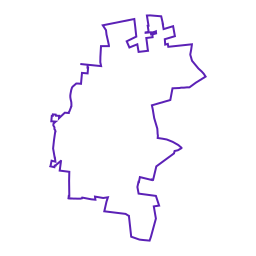 Tepakán, Yucatán, Mexico (Mercator projection)
{"feature_id": "50627088B22415210439928", "entity_name": "Tepakán", "entity_type": "district", "adm_level": 2, "iso_a3": "MEX", "parent_name": "Mexico", "parent_adm1": "Yucatán", "projection": "mercator", "projection_center": [-89.004, 21.063], "detail": "fine", "context": "isolated", "style": "outline", "palette": "violet", "viewbox_px": 256, "rotation_deg": 0, "n_neighbors": 0, "source": "geoboundaries", "source_scale": "gbopen_adm2", "svg_char_len": 2769}
<svg xmlns="http://www.w3.org/2000/svg" viewBox="0 0 256 256"><path d="M150.9,236.9L155.9,218.6L153.8,206.4L159.1,205.6L155.9,195.9L138.6,193.6L137.4,187.0L138.5,181.9L138.9,182.0L138.9,181.9L139.9,177.1L149.4,179.4L150.5,179.7L151.8,180.0L151.8,179.5L153.1,179.8L153.4,178.5L153.6,177.8L156.2,166.9L156.3,166.4L174.0,153.4L174.6,151.0L177.8,150.3L181.4,148.2L181.5,148.1L181.5,147.8L178.4,145.1L172.6,141.8L166.8,139.5L162.5,138.7L157.7,138.0L157.9,135.7L157.6,133.7L157.5,131.3L157.3,128.6L154.2,118.1L153.4,113.3L152.8,109.6L151.9,105.3L170.3,100.0L172.5,88.3L179.6,88.0L180.9,87.7L183.6,87.7L187.4,87.3L187.9,87.4L189.5,87.3L190.2,86.8L191.7,85.7L192.0,85.5L195.8,82.7L205.6,76.6L203.7,73.7L201.7,71.5L198.4,68.5L192.8,61.7L192.1,60.9L191.4,58.7L191.2,57.8L190.7,56.2L190.3,54.8L190.3,54.6L190.3,54.3L191.2,49.4L191.8,45.3L191.9,44.3L168.3,46.8L167.8,43.9L165.2,44.6L164.8,39.2L174.9,36.2L173.1,26.2L163.6,29.1L162.7,23.8L162.9,23.8L161.2,16.3L150.3,15.4L146.9,15.5L148.5,25.6L148.4,25.6L148.1,25.6L147.7,25.7L147.8,26.2L147.9,26.6L147.9,27.1L148.0,27.6L148.1,28.1L148.1,28.6L148.2,29.1L148.3,29.4L148.3,29.7L148.4,30.1L148.4,30.6L148.5,31.1L148.6,31.6L148.7,32.0L148.4,32.0L147.9,32.0L147.3,32.1L146.8,32.2L146.4,32.3L146.0,32.3L145.6,32.4L145.6,32.8L148.4,32.5L150.8,32.3L151.1,34.4L152.3,34.2L152.1,32.5L155.0,31.7L155.9,31.3L156.1,33.4L152.4,34.4L152.6,37.2L146.3,38.0L146.9,42.5L147.7,49.0L148.0,50.8L138.6,51.9L137.3,44.3L129.4,47.5L126.7,41.3L136.3,36.6L135.8,32.1L135.3,27.4L134.3,19.0L102.8,25.3L106.0,30.2L106.5,34.6L108.0,41.1L108.9,45.3L108.9,46.1L101.0,46.1L100.4,56.8L100.3,62.2L101.1,66.1L80.3,64.0L87.7,64.8L87.5,67.6L88.1,67.6L87.6,73.4L82.0,72.9L81.0,83.8L79.0,83.6L77.2,83.5L76.3,83.5L72.6,86.7L72.0,87.6L71.2,90.1L70.9,91.8L70.5,93.9L70.3,95.4L70.3,97.1L70.6,99.1L71.3,102.2L71.4,104.1L71.4,106.1L71.2,106.4L71.3,106.5L69.3,111.6L68.9,112.0L68.8,113.0L66.2,112.8L64.8,112.7L59.0,118.2L59.2,115.8L55.9,115.7L55.7,114.6L52.9,114.4L52.8,115.8L51.8,115.8L51.3,121.3L55.6,121.6L55.2,121.9L55.1,122.1L53.6,123.5L53.4,124.1L53.4,124.5L53.3,125.2L53.8,126.3L54.3,127.0L54.5,127.8L54.4,128.5L54.5,129.3L55.2,130.2L55.5,131.6L55.2,131.8L54.9,133.9L54.0,140.1L53.5,144.7L53.2,147.5L53.1,148.7L53.1,148.8L53.2,149.0L54.7,157.7L54.9,157.7L55.3,160.9L55.4,161.7L51.6,160.7L50.5,166.1L50.4,166.3L54.4,167.2L54.7,165.6L55.5,165.6L55.5,165.4L60.8,160.9L61.0,161.0L59.7,170.6L69.3,171.8L69.1,180.8L69.3,195.9L68.8,195.9L68.6,197.5L68.5,198.2L70.0,198.3L69.9,198.5L74.7,198.6L80.2,198.7L82.0,198.3L82.2,197.6L82.3,197.6L91.2,199.3L95.4,199.7L95.0,196.6L103.2,198.0L107.9,197.3L107.3,199.2L106.5,201.6L104.3,211.3L125.6,213.9L128.3,215.6L128.9,215.8L131.2,236.7L139.5,239.6L144.0,240.1L149.6,240.6L150.9,236.9Z" fill="none" stroke="#5b21b6" stroke-width="2"/></svg>